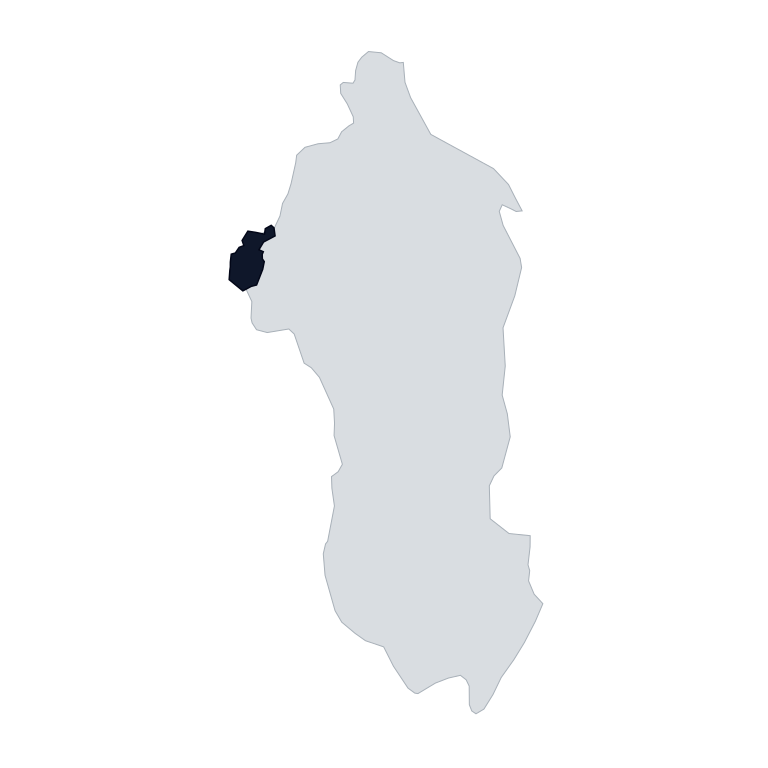 Devoll, Korçë, Albania shown in context, rotated 178°
{"feature_id": "67620474B41402008781007", "entity_name": "Devoll", "entity_type": "district", "adm_level": 2, "iso_a3": "ALB", "parent_name": "Albania", "parent_adm1": "Korçë", "projection": "mercator", "projection_center": [20.941, 40.579], "detail": "fine", "context": "in_parent", "style": "filled", "palette": "ink", "viewbox_px": 768, "rotation_deg": 178, "n_neighbors": 0, "source": "geoboundaries", "source_scale": "gbopen_adm2", "svg_char_len": 1911}
<svg xmlns="http://www.w3.org/2000/svg" viewBox="0 0 768 768"><g transform="rotate(178 384 384)"><path d="M243.2,227.3L243.7,216.1L246.4,198.3L244.9,192.4L246.4,182.2L241.3,168.7L232.9,158.9L241.0,141.6L252.8,120.6L263.8,104.0L277.1,86.6L285.9,69.9L295.5,55.6L303.6,51.2L307.7,54.2L309.9,60.5L309.4,79.1L312.2,85.5L317.8,90.2L329.8,87.9L343.1,83.3L360.9,73.4L364.0,74.0L370.6,79.2L384.4,101.6L393.5,121.3L411.5,128.1L421.6,135.8L434.5,147.4L440.8,159.1L449.6,194.9L450.6,216.4L448.0,226.2L445.8,228.8L437.8,263.8L439.7,281.6L439.7,293.3L432.9,297.9L428.4,305.2L435.7,334.2L434.8,346.5L435.1,360.7L448.3,392.9L456.1,402.8L463.1,407.6L472.0,437.1L477.2,442.3L498.9,439.5L509.5,442.7L513.7,449.7L514.6,454.5L513.2,471.0L518.6,483.7L525.8,496.8L525.8,504.7L520.9,517.8L512.3,533.0L500.8,538.8L488.2,543.7L482.1,555.5L479.1,568.0L473.4,577.3L469.9,587.4L464.5,608.2L463.3,615.7L454.7,623.3L441.5,626.4L429.6,627.0L421.6,630.5L417.5,637.6L409.9,643.3L405.3,645.8L405.4,652.1L410.9,665.2L417.1,675.9L417.3,684.4L414.2,686.8L404.5,685.7L402.4,688.8L401.4,698.3L398.8,706.5L394.8,711.4L387.9,716.8L375.2,715.1L363.3,706.9L357.0,704.4L353.5,704.7L352.5,684.8L347.4,669.2L328.5,631.8L267.0,595.4L252.6,579.0L246.2,565.2L239.9,552.2L245.9,551.8L251.9,555.1L259.6,559.0L262.8,552.5L259.4,538.3L243.6,504.8L242.4,495.6L250.2,467.6L263.1,436.0L262.2,397.7L266.3,368.8L261.8,349.9L259.7,326.8L269.2,296.0L277.3,288.3L282.3,278.6L282.6,245.6L264.3,230.2L243.2,227.3Z" fill="#d9dde1" stroke="#a8b0b8" stroke-width="1"/><path d="M487.7,535.8L488.5,543.9L491.2,546.5L497.2,543.4L498.2,537.9L506.9,540.0L514.7,541.5L520.8,532.4L519.2,527.2L524.0,525.6L528.0,520.1L532.1,519.1L533.3,511.2L533.5,506.3L534.1,502.9L535.1,493.7L521.8,482.0L517.9,483.9L513.3,486.2L507.9,487.4L501.2,502.9L499.4,510.5L501.2,513.3L501.2,517.8L500.0,520.4L504.3,522.5L499.4,530.1L487.7,535.8Z" fill="#0f172a" stroke="#020617" stroke-width="1.5"/></g></svg>